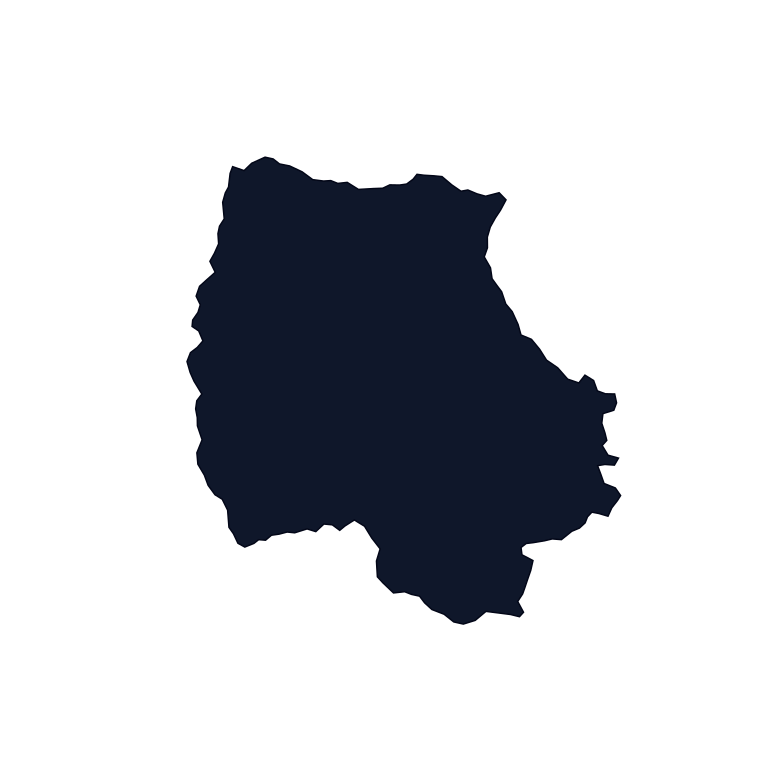 Porangaba, São Paulo, Brazil, rotated 136°
{"feature_id": "56859067B5934992032080", "entity_name": "Porangaba", "entity_type": "district", "adm_level": 2, "iso_a3": "BRA", "parent_name": "Brazil", "parent_adm1": "São Paulo", "projection": "equal_earth", "projection_center": [-48.121, -23.176], "detail": "fine", "context": "isolated", "style": "filled", "palette": "ink", "viewbox_px": 768, "rotation_deg": 136, "n_neighbors": 0, "source": "geoboundaries", "source_scale": "gbopen_adm2", "svg_char_len": 2235}
<svg xmlns="http://www.w3.org/2000/svg" viewBox="0 0 768 768"><g transform="rotate(136 384 384)"><path d="M168.3,441.6L180.5,448.5L185.0,456.2L188.9,465.3L194.7,469.2L196.9,480.1L198.2,492.9L203.5,499.1L210.2,506.4L214.6,511.9L220.8,511.1L228.8,512.1L234.6,516.3L241.5,523.2L248.9,525.7L255.7,531.8L267.2,541.7L270.4,554.6L277.9,560.4L281.0,567.3L286.5,572.0L293.3,580.5L295.5,593.5L300.4,606.4L306.3,614.9L307.4,622.9L312.0,629.8L325.8,634.7L336.4,634.7L341.9,645.5L348.4,642.4L359.0,633.7L365.4,631.7L373.8,626.8L384.2,613.8L392.7,611.8L399.0,607.5L405.6,599.7L415.3,595.8L424.0,593.2L427.8,581.6L439.5,582.1L448.8,582.4L458.1,577.7L461.1,568.6L468.1,564.7L477.2,562.9L482.1,558.7L480.4,550.9L484.3,540.8L493.0,540.0L501.4,541.0L510.1,537.0L515.4,527.0L518.7,518.0L522.0,503.3L530.3,502.0L536.8,496.9L541.7,489.5L547.3,483.5L553.6,470.2L566.4,464.5L573.6,455.6L576.5,443.3L580.9,433.3L582.5,421.7L580.4,413.5L584.1,401.9L595.1,388.6L596.3,380.9L599.7,370.9L597.4,363.4L588.3,359.7L582.3,359.1L577.7,353.9L570.0,353.4L563.8,348.9L556.5,344.8L551.6,339.0L540.0,333.2L535.6,325.2L524.5,325.0L519.0,318.6L517.5,309.5L510.7,309.0L499.8,306.8L496.8,295.2L499.8,281.7L501.3,268.1L512.4,261.9L522.7,249.9L522.9,241.7L522.3,227.1L513.4,220.2L510.4,213.6L505.8,206.7L506.8,198.4L506.2,188.5L500.7,176.6L499.1,164.4L493.7,156.2L482.6,150.6L468.6,149.6L460.4,139.4L453.1,130.3L448.2,122.5L442.2,122.9L438.9,134.7L430.1,136.7L424.1,139.7L416.6,143.6L407.9,148.0L399.5,153.5L403.4,165.3L399.0,171.2L392.5,170.5L386.7,166.1L377.4,159.7L370.6,155.7L364.5,148.8L351.2,147.6L343.5,144.6L335.8,144.4L329.9,147.1L323.5,147.4L319.4,141.6L314.7,133.3L306.1,136.7L297.0,138.0L291.3,139.4L289.8,148.5L294.8,159.6L290.9,168.1L287.1,176.9L281.0,172.7L274.6,165.6L266.8,167.8L272.3,177.2L269.8,188.2L262.9,188.7L259.0,195.4L254.6,204.5L247.1,210.6L236.9,205.5L229.8,208.9L225.0,216.6L231.6,223.2L235.3,230.9L230.8,240.9L233.3,250.8L243.1,249.4L248.5,259.9L247.8,275.0L250.5,288.3L247.9,300.9L246.9,313.7L251.4,324.1L246.2,333.7L241.5,347.0L240.8,357.0L235.3,368.6L234.3,376.5L233.1,384.7L226.7,393.6L223.6,405.8L215.0,410.1L207.6,417.9L198.5,423.1L188.6,426.1L179.5,428.1L168.3,431.7L168.3,441.6Z" fill="#0f172a" stroke="#020617" stroke-width="1.5"/></g></svg>